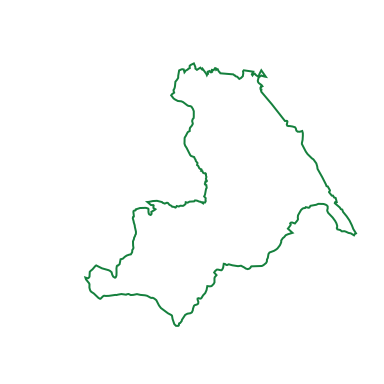 the district of Bozioru, Buzau, Romania, rotated 246°
{"feature_id": "2599482B64947302268999", "entity_name": "Bozioru", "entity_type": "district", "adm_level": 2, "iso_a3": "ROU", "parent_name": "Romania", "parent_adm1": "Buzau", "projection": "robinson", "projection_center": [26.468, 45.407], "detail": "fine", "context": "isolated", "style": "outline", "palette": "green", "viewbox_px": 384, "rotation_deg": 246, "n_neighbors": 0, "source": "geoboundaries", "source_scale": "gbopen_adm2", "svg_char_len": 6052}
<svg xmlns="http://www.w3.org/2000/svg" viewBox="0 0 384 384"><g transform="rotate(246 192 192)"><path d="M282.1,288.8L281.5,287.7L279.7,287.2L277.1,285.5L276.2,283.0L276.1,281.2L278.9,280.2L279.8,279.1L281.0,278.6L281.0,278.4L282.7,277.5L288.9,266.2L290.1,266.0L291.1,265.5L293.7,265.4L293.7,263.8L295.0,264.3L295.8,263.5L294.5,261.3L295.5,259.9L295.4,259.8L295.1,259.4L293.6,259.3L293.4,258.7L293.7,257.8L294.1,257.4L295.4,257.2L295.5,255.3L293.4,254.7L293.4,253.9L292.7,253.1L294.2,253.1L300.2,251.8L299.6,251.2L299.8,251.0L302.2,250.2L301.6,246.2L303.3,245.3L304.8,245.9L308.7,246.0L308.6,242.6L308.3,241.5L308.1,241.1L306.0,240.3L306.1,238.9L305.6,237.8L305.4,235.0L304.8,234.6L304.4,233.8L307.3,234.3L308.1,233.1L308.3,232.2L308.3,229.7L303.8,226.7L301.9,225.8L300.6,223.9L299.5,221.7L295.6,219.5L294.2,218.5L292.7,216.9L292.7,216.7L291.9,216.3L290.0,216.1L289.5,213.6L288.8,212.3L285.0,213.2L283.6,214.0L280.9,216.1L279.2,219.1L277.8,220.4L272.7,223.2L271.8,224.2L271.2,225.3L270.2,226.2L267.6,226.6L265.1,226.5L260.2,224.3L258.9,223.6L258.2,222.2L256.8,221.0L254.3,220.6L253.6,220.1L252.6,218.7L251.5,216.4L250.4,215.5L248.6,214.7L248.5,212.8L248.2,212.2L245.5,208.8L244.9,207.8L244.3,207.2L239.2,204.8L237.1,204.6L234.6,205.0L226.4,205.4L225.3,205.8L223.0,208.2L221.3,208.1L220.2,208.4L218.9,208.1L216.2,208.8L214.6,207.6L213.2,208.3L210.8,208.3L209.3,209.1L208.9,209.8L208.3,209.8L207.6,209.0L206.8,210.0L205.2,209.9L203.9,210.9L203.7,211.9L202.9,212.1L201.1,211.4L199.9,211.3L198.3,210.0L196.0,210.1L195.7,209.5L196.3,208.9L196.2,208.6L195.7,208.4L195.4,207.9L194.3,207.5L194.1,207.0L193.5,207.0L192.5,207.9L189.8,207.1L189.0,206.0L184.3,202.8L183.0,201.3L180.8,202.0L179.1,201.0L178.2,200.9L177.7,200.4L177.1,199.6L177.8,198.3L177.0,197.6L177.6,197.1L178.7,196.9L178.9,196.2L179.7,195.7L180.2,194.8L182.0,193.1L182.7,192.1L183.1,191.2L182.6,190.3L182.7,189.8L184.2,185.8L184.0,183.7L185.2,182.1L183.6,181.1L183.0,178.8L183.0,178.1L184.2,175.8L184.1,174.1L185.4,172.3L184.5,170.9L184.5,170.5L185.8,169.4L186.6,167.9L187.7,167.6L189.4,166.2L191.8,165.5L192.4,164.7L192.5,162.4L194.1,160.8L195.0,160.5L198.2,156.4L199.7,152.4L200.5,148.6L201.0,147.2L196.8,149.2L195.7,151.4L195.3,151.5L194.0,150.6L192.9,150.3L191.1,151.6L190.8,150.7L190.4,146.8L188.5,146.2L187.9,145.2L187.9,144.8L188.9,143.9L189.7,143.7L191.5,144.1L193.9,145.2L194.5,145.3L195.0,144.9L196.3,143.4L198.5,138.0L199.0,133.6L198.3,133.1L198.2,132.7L198.5,131.6L198.3,130.8L197.5,130.3L193.4,129.0L193.1,128.7L193.1,127.9L192.0,127.2L188.7,126.7L188.2,126.5L184.9,126.1L183.3,125.6L178.7,124.7L177.3,124.1L176.3,123.5L175.8,122.7L174.6,121.7L174.0,120.7L172.6,119.8L170.9,118.0L167.0,116.4L164.8,115.8L164.1,115.2L163.3,113.9L161.3,112.8L159.9,110.8L160.3,109.1L160.5,106.5L160.1,104.2L159.2,101.6L159.6,99.4L155.5,96.5L154.9,94.4L155.2,94.0L154.9,93.2L152.9,91.9L149.1,90.3L146.3,88.9L145.1,87.6L145.0,87.0L145.2,86.6L146.8,85.6L149.0,85.5L151.4,85.9L153.3,85.0L154.5,84.0L158.9,78.7L163.9,74.6L163.6,73.4L161.8,69.6L161.2,67.4L160.6,66.1L156.3,63.9L155.7,62.9L155.5,62.2L155.8,61.4L157.2,59.8L155.3,59.6L150.4,60.9L149.4,60.8L146.4,59.4L144.1,59.0L142.5,59.1L141.6,59.5L139.3,61.0L133.2,63.5L131.8,64.6L131.7,65.1L132.9,68.2L133.0,69.5L132.2,70.8L131.0,73.6L129.2,80.0L128.6,81.1L128.3,82.8L127.5,86.0L125.0,90.0L125.0,91.2L124.6,92.6L122.8,94.1L121.9,96.5L121.1,100.2L119.0,103.0L116.7,107.1L115.4,108.8L112.5,111.0L111.8,111.7L111.3,113.1L110.0,114.2L107.7,115.4L101.8,115.7L98.7,116.4L91.0,120.7L87.8,123.2L87.1,123.4L83.9,122.6L78.5,122.1L76.3,122.9L75.4,124.7L75.3,125.2L75.5,125.7L77.0,126.6L77.3,127.1L77.1,127.8L78.3,130.1L79.3,130.8L82.5,135.8L82.7,138.3L81.9,141.3L82.1,142.9L83.6,144.6L84.8,145.3L87.1,147.4L87.4,148.0L87.5,148.6L87.2,150.7L87.5,152.2L89.0,153.1L91.4,153.3L92.4,153.8L92.3,154.9L91.3,156.0L91.1,156.7L91.3,157.5L93.1,160.1L94.3,163.0L96.5,165.4L99.8,167.7L98.5,170.0L98.1,171.6L99.2,174.4L100.3,175.8L104.0,177.4L104.9,178.1L106.1,180.6L109.4,179.5L110.2,180.6L111.0,183.0L110.6,184.1L108.6,186.8L108.6,187.5L109.5,188.9L110.4,189.8L113.5,191.8L112.9,192.8L111.4,193.7L111.0,194.3L111.0,196.2L108.6,199.1L105.5,203.9L104.7,206.8L101.6,209.2L100.3,209.9L98.9,211.5L98.7,212.9L98.8,213.8L99.2,214.8L99.8,215.5L99.9,216.1L96.0,225.7L96.1,227.5L97.0,230.8L98.0,232.1L99.8,233.0L101.0,234.5L104.2,236.6L105.2,238.2L104.9,243.0L105.2,245.3L105.6,247.0L107.5,250.5L108.5,251.7L109.9,253.1L111.4,253.8L112.9,256.2L113.3,257.9L114.4,260.0L114.4,262.3L113.8,267.2L119.5,264.7L121.4,268.2L122.0,268.9L123.4,268.9L123.8,270.1L123.4,271.1L121.4,273.2L123.2,276.8L124.1,277.8L125.5,278.2L127.5,279.3L129.1,281.4L131.2,284.3L131.8,286.1L131.9,287.0L131.4,288.8L131.9,289.7L130.1,292.3L130.1,293.0L131.2,294.6L129.8,300.3L129.8,302.6L127.5,307.4L126.0,309.0L125.0,309.7L123.7,310.1L121.7,309.2L120.5,308.2L119.8,307.9L117.6,307.9L111.5,310.1L107.3,311.0L104.7,311.2L102.1,310.9L100.7,310.2L100.2,309.6L98.8,309.6L97.0,311.9L95.1,312.9L94.2,315.3L93.1,316.5L91.0,318.3L89.6,320.3L86.5,322.4L87.4,323.6L87.5,325.0L92.5,324.3L96.5,324.5L101.9,324.3L106.9,323.4L112.4,321.9L114.8,322.1L115.8,321.0L117.8,320.7L123.7,317.9L124.4,318.4L124.5,318.8L123.9,319.5L123.8,320.1L128.1,320.8L129.2,319.6L131.4,319.3L131.9,318.2L136.0,317.1L136.3,317.2L136.9,318.3L137.4,318.7L141.8,318.3L142.6,317.3L144.6,317.4L152.6,317.0L162.1,316.1L164.5,316.8L167.6,317.2L172.4,316.2L174.0,315.2L179.6,313.0L182.6,312.4L191.2,311.9L192.3,312.5L194.6,314.2L198.4,316.2L200.7,317.2L202.9,317.5L203.2,315.0L204.2,313.0L205.7,312.3L207.7,312.7L209.1,312.5L209.4,312.3L211.0,310.4L212.5,308.1L212.9,307.1L213.8,306.0L215.0,306.0L217.5,307.8L218.1,307.8L218.5,307.4L219.1,305.8L239.8,300.6L255.3,296.1L256.6,296.3L257.0,296.9L257.8,296.4L259.2,296.8L259.2,297.7L260.3,297.9L260.1,299.3L261.5,299.0L264.2,297.4L265.4,297.1L266.8,297.3L269.1,299.1L269.7,300.1L270.2,302.8L269.2,303.6L269.1,304.5L268.3,304.7L267.2,306.3L275.0,304.8L272.4,301.6L270.2,299.6L272.9,297.9L274.7,297.4L274.5,295.6L273.9,294.7L275.1,294.5L277.0,296.9L282.1,288.8Z" fill="none" stroke="#15803d" stroke-width="2"/></g></svg>